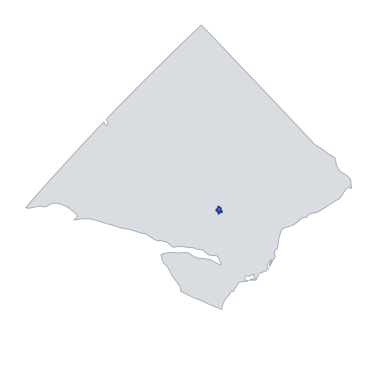 location of Markz Samalut, Al Minya, Egypt, rotated 134°
{"feature_id": "37247803B46419468197970", "entity_name": "Markz Samalut", "entity_type": "district", "adm_level": 2, "iso_a3": "EGY", "parent_name": "Egypt", "parent_adm1": "Al Minya", "projection": "orthographic", "projection_center": [30.711, 28.284], "detail": "fine", "context": "in_parent", "style": "filled", "palette": "blue", "viewbox_px": 384, "rotation_deg": 134, "n_neighbors": 0, "source": "geoboundaries", "source_scale": "gbopen_adm2", "svg_char_len": 4918}
<svg xmlns="http://www.w3.org/2000/svg" viewBox="0 0 384 384"><g transform="rotate(134 192 192)"><path d="M318.6,300.8L311.6,301.1L304.6,301.5L297.7,301.8L290.7,302.1L283.7,302.3L276.8,302.6L269.8,302.8L262.8,303.0L255.8,303.2L248.8,303.4L241.8,303.6L234.8,303.7L227.8,303.8L220.9,303.9L213.9,304.0L206.9,304.1L202.9,304.1L203.5,302.1L204.0,300.6L203.5,299.6L202.1,299.4L201.2,299.7L199.2,304.0L198.1,304.1L195.6,304.2L187.4,304.2L179.3,304.2L171.1,304.1L163.0,304.0L154.9,304.0L146.7,303.8L138.6,303.7L130.4,303.5L122.3,303.3L114.2,303.1L106.0,302.9L97.9,302.6L89.8,302.3L81.7,302.0L73.5,301.6L65.4,301.3L65.6,296.1L65.8,291.0L66.0,285.9L66.2,280.7L66.4,275.6L66.6,270.4L66.8,265.3L67.0,260.2L67.3,255.0L67.5,249.9L67.7,244.7L67.9,239.6L68.1,234.4L68.3,229.3L68.5,224.1L68.8,219.0L69.0,213.8L69.2,208.7L69.4,203.5L69.7,198.3L69.9,193.2L70.1,188.0L70.4,182.9L70.6,177.7L70.8,172.6L71.1,167.4L71.3,162.2L71.6,157.1L71.8,151.9L72.1,146.8L72.3,141.6L72.6,136.4L72.4,135.5L71.5,131.9L70.7,127.4L69.9,121.9L69.9,120.1L68.3,114.4L68.2,112.8L68.8,111.7L72.0,107.1L73.0,104.8L73.9,102.1L74.3,99.8L73.6,96.3L72.7,93.2L72.5,90.0L72.6,86.9L74.2,84.8L76.1,82.9L76.8,81.8L78.0,80.4L78.8,79.8L80.1,82.7L83.1,83.3L93.2,81.2L104.1,84.1L110.2,85.3L119.5,87.7L125.1,91.7L126.7,92.2L130.8,92.2L133.4,94.5L144.2,95.8L149.9,98.4L153.1,100.4L155.1,101.1L156.8,101.0L159.2,100.3L162.1,98.9L165.4,97.0L172.1,92.1L174.4,91.2L176.0,91.5L177.8,91.4L178.6,90.1L179.6,89.2L180.2,88.1L181.2,86.9L184.7,86.5L191.6,84.4L190.8,85.4L184.5,87.8L187.2,88.1L190.0,87.3L193.1,86.7L193.7,85.7L194.1,83.8L194.7,83.5L196.9,83.9L203.4,86.8L205.0,86.8L209.6,85.2L210.5,84.8L212.0,85.7L215.4,89.4L214.3,89.3L210.6,86.2L210.3,87.8L208.3,90.6L210.9,91.7L213.0,92.2L214.1,93.7L214.8,95.1L216.9,94.5L218.3,92.6L217.6,91.5L217.0,90.4L217.7,90.4L219.1,91.3L223.3,94.8L224.7,95.5L226.3,95.4L229.6,94.3L230.6,94.4L235.0,93.0L235.6,94.0L236.3,94.9L239.9,93.8L245.6,93.7L250.2,92.4L255.5,89.4L255.9,89.0L256.2,89.7L256.9,91.6L258.7,96.4L260.3,100.2L262.2,105.5L262.8,107.5L263.1,108.9L265.9,114.7L267.5,119.4L268.8,123.3L270.6,129.0L271.3,130.9L270.3,132.0L268.1,135.8L266.1,147.6L263.0,157.0L262.8,162.7L262.3,164.8L260.7,167.8L258.8,170.7L255.2,169.3L249.3,164.5L245.8,159.8L242.2,156.8L238.7,152.8L237.7,149.8L237.7,147.9L236.1,143.4L235.0,141.2L230.8,136.4L229.5,133.8L228.6,132.7L227.7,131.0L226.1,124.7L224.4,120.7L222.6,121.8L222.9,123.5L221.3,125.9L220.4,128.6L221.2,130.8L224.6,134.2L225.3,135.7L226.1,138.9L226.1,143.2L226.6,144.7L229.2,147.9L230.2,149.8L230.7,151.5L231.6,152.9L234.2,155.7L237.9,161.0L241.4,164.6L244.0,166.3L245.1,168.0L245.4,172.5L245.3,174.7L247.6,178.7L248.4,180.7L250.6,182.4L251.6,184.3L252.6,187.3L254.2,196.5L256.1,198.7L262.2,210.7L267.3,218.2L269.8,223.8L273.6,230.6L281.2,245.6L285.6,250.2L287.4,252.7L290.5,254.6L293.9,257.4L290.8,257.3L290.0,257.5L288.9,258.0L288.4,259.8L288.2,261.3L288.9,269.0L289.9,272.9L292.9,280.2L295.1,282.4L296.2,283.8L297.6,284.8L304.4,287.0L308.5,292.2L317.6,298.5L318.5,300.4L318.6,300.8Z" fill="#d9dde1" stroke="#a8b0b8" stroke-width="1"/><path d="M188.5,161.5L188.4,161.4L188.3,161.2L188.2,161.1L188.1,160.9L188.2,160.7L188.3,160.4L188.2,160.2L188.0,159.9L188.0,159.7L188.0,159.4L188.0,159.2L188.1,158.9L188.3,158.8L188.4,158.7L188.5,158.5L188.5,158.4L188.5,158.2L188.6,157.9L188.7,157.7L188.8,157.6L188.7,157.6L188.2,157.8L187.9,157.7L187.7,157.6L187.6,157.8L187.5,158.0L187.4,158.0L187.2,157.9L187.1,158.0L187.0,157.9L186.9,157.8L186.9,157.7L187.0,157.7L186.9,157.5L187.0,157.5L187.1,157.4L186.9,157.3L186.5,157.2L186.4,157.2L186.3,156.9L186.2,156.9L186.1,156.7L185.9,156.5L185.7,156.7L185.7,156.8L185.6,156.7L185.4,156.7L185.3,156.8L185.2,156.8L185.1,157.0L185.0,157.3L185.0,157.5L184.9,157.6L185.1,158.1L185.1,158.3L185.2,158.5L185.3,158.6L185.3,158.8L185.4,159.1L185.2,159.3L185.1,159.2L184.7,159.3L184.3,159.4L184.0,159.4L183.7,159.5L183.6,160.1L183.5,160.6L183.7,161.0L183.7,161.3L183.7,161.8L183.9,162.3L184.0,162.5L184.1,162.9L184.2,163.1L184.4,163.0L184.4,162.8L184.6,162.8L184.9,162.8L185.0,162.7L185.3,162.2L185.5,162.2L185.6,162.3L185.8,162.2L186.0,162.2L186.3,162.2L186.6,162.1L186.8,162.1L187.0,162.2L187.2,161.9L187.3,161.8L187.3,161.7L187.3,161.4L187.5,161.4L187.7,161.5L187.8,161.6L187.8,161.4L188.0,161.4L187.9,161.7L188.0,161.8L188.1,161.7L188.3,161.6L188.5,161.5L188.5,161.5ZM188.6,161.5L188.6,161.4L188.5,161.2L188.4,161.0L188.4,160.9L188.4,160.6L188.4,160.3L188.4,160.1L188.3,159.9L188.2,159.7L188.2,159.4L188.3,159.2L188.4,158.9L188.5,158.9L188.8,158.7L188.7,158.6L188.7,158.4L188.9,158.3L188.9,158.2L188.7,158.1L188.8,158.0L188.8,157.9L188.7,157.8L188.8,157.8L188.9,157.7L188.8,157.8L188.7,157.8L188.7,158.0L188.6,158.3L188.5,158.5L188.4,158.8L188.3,159.0L188.2,159.1L188.1,159.3L188.1,159.5L188.1,159.8L188.1,160.0L188.3,160.3L188.3,160.5L188.2,160.8L188.3,161.0L188.4,161.3L188.5,161.3L188.5,161.5L188.6,161.5Z" fill="#3b82f6" stroke="#1e3a8a" stroke-width="1.5"/></g></svg>